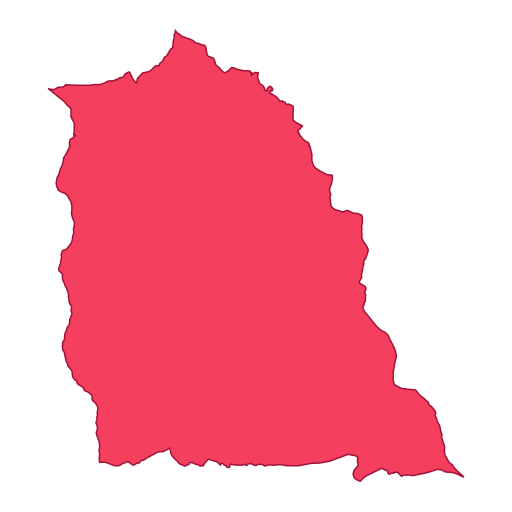 the district of Copaceni, Vâlcea, Romania
{"feature_id": "2599482B17070437163052", "entity_name": "Copaceni", "entity_type": "district", "adm_level": 2, "iso_a3": "ROU", "parent_name": "Romania", "parent_adm1": "Vâlcea", "projection": "mercator", "projection_center": [23.973, 44.993], "detail": "fine", "context": "isolated", "style": "filled", "palette": "rose", "viewbox_px": 512, "rotation_deg": 0, "n_neighbors": 0, "source": "geoboundaries", "source_scale": "gbopen_adm2", "svg_char_len": 5876}
<svg xmlns="http://www.w3.org/2000/svg" viewBox="0 0 512 512"><path d="M463.9,477.0L456.3,470.1L453.2,466.5L452.3,464.7L449.2,462.5L444.8,454.8L444.4,450.8L444.6,446.7L441.7,437.6L441.6,436.4L442.0,434.7L441.1,432.7L439.7,425.8L436.9,420.6L436.7,418.9L435.1,415.3L435.8,413.1L435.1,411.0L431.5,406.6L429.3,405.0L427.9,401.7L426.5,401.0L424.3,398.6L419.8,395.3L415.6,390.0L402.4,388.6L400.5,387.9L394.3,384.6L393.2,380.2L393.1,373.6L394.6,363.9L396.4,356.3L395.5,351.2L394.3,347.9L389.6,338.8L388.0,335.0L384.8,332.1L382.4,331.1L380.0,329.4L376.7,326.5L366.0,313.3L365.3,312.7L363.2,308.9L362.8,307.0L364.0,305.1L364.0,303.3L365.1,301.8L365.4,300.0L365.6,294.2L364.3,292.5L365.6,290.7L365.9,288.0L365.4,286.7L359.6,283.1L359.3,282.5L359.6,281.1L361.7,277.4L361.4,275.5L361.5,274.3L362.4,270.9L362.8,267.3L363.9,263.8L363.5,261.7L365.6,258.4L367.5,253.4L368.3,250.0L367.6,248.1L366.3,245.7L363.5,241.7L361.7,237.7L362.0,235.1L361.6,231.8L361.8,229.9L361.6,226.2L362.4,222.6L362.4,218.6L362.1,216.4L361.5,215.4L361.6,215.1L357.8,213.6L352.8,213.0L348.0,210.6L346.5,210.5L343.6,211.8L341.3,211.7L338.9,210.6L334.9,209.7L331.6,207.0L331.0,205.3L330.4,202.3L330.5,200.4L329.9,197.9L330.7,194.7L330.7,193.8L329.7,192.0L329.8,190.4L329.5,188.6L331.1,184.7L332.1,180.5L332.2,179.3L332.6,178.7L332.2,177.2L332.3,175.5L331.0,175.0L327.3,174.8L319.2,170.6L315.3,167.9L313.3,165.2L312.0,161.2L311.8,159.4L311.9,154.6L309.8,145.9L309.0,145.9L309.1,144.0L308.5,142.8L305.2,140.9L302.5,138.6L299.5,134.7L298.6,132.3L297.8,131.5L297.8,130.4L300.0,128.9L302.4,125.9L295.6,122.3L292.9,119.8L293.1,115.6L292.9,113.9L293.2,109.6L293.2,107.2L292.8,105.9L288.6,104.1L287.4,104.3L285.8,104.0L285.4,103.6L285.3,102.3L282.9,101.7L282.4,100.9L279.3,101.1L278.7,99.4L276.4,97.0L272.9,94.6L269.4,92.9L270.2,91.4L272.5,90.5L272.6,90.1L272.1,89.4L272.6,88.5L270.5,86.4L269.5,86.5L267.3,88.4L266.8,90.9L265.4,90.6L264.5,89.2L264.1,87.3L262.5,85.3L259.9,83.8L259.4,82.8L258.8,80.6L257.7,78.4L257.7,76.1L258.2,72.7L254.7,72.6L251.5,75.1L251.9,72.8L250.7,72.7L250.4,72.4L250.5,71.5L250.2,71.2L248.4,70.8L244.7,70.9L241.9,70.4L236.4,69.1L233.9,67.8L231.7,67.7L231.1,67.9L228.7,70.5L226.3,72.1L224.8,72.7L223.7,72.4L221.6,70.5L219.8,68.2L215.8,64.8L214.6,60.5L213.3,58.1L208.6,56.4L207.3,55.4L205.6,46.9L204.8,45.3L201.8,44.9L198.9,43.5L195.9,43.0L193.0,40.6L191.1,39.6L181.7,36.2L179.5,34.3L177.2,32.9L175.4,30.7L175.1,33.5L174.2,34.6L174.2,37.9L173.4,40.6L172.6,48.1L172.1,48.1L170.7,49.1L169.2,51.2L168.9,52.5L168.2,53.0L167.9,54.2L166.1,56.3L164.4,57.2L162.3,61.6L159.8,63.3L159.4,65.4L159.1,65.6L158.2,65.4L157.2,66.0L155.9,65.6L150.4,70.8L148.4,71.7L142.5,73.0L137.3,78.7L137.3,79.8L136.5,82.8L135.7,82.6L132.6,78.6L129.8,72.3L128.7,72.0L125.1,74.0L123.5,76.8L122.0,77.6L120.1,77.5L116.2,80.0L115.9,80.1L115.6,79.6L113.8,80.9L109.7,80.9L107.7,81.2L105.0,82.8L100.6,84.4L97.6,84.7L96.0,84.4L89.3,85.3L77.1,85.3L65.5,84.8L64.7,86.0L62.9,87.1L58.2,87.2L53.9,89.7L49.8,89.1L48.1,88.5L64.2,101.5L66.4,104.3L70.9,108.6L71.1,113.0L70.9,116.7L74.4,123.3L74.1,128.7L74.3,131.2L73.6,134.8L74.0,135.1L75.0,134.7L75.4,135.3L74.6,135.6L74.5,136.2L73.4,137.2L73.1,137.9L70.6,139.0L70.0,140.0L69.7,141.8L69.4,142.2L69.5,145.8L69.9,146.3L65.9,154.3L63.7,157.7L63.2,161.6L62.2,165.4L60.2,169.3L59.7,171.7L58.4,175.4L57.3,177.1L56.2,182.4L56.5,185.5L58.2,190.1L61.1,191.9L65.5,193.6L68.6,197.4L68.7,198.2L70.8,201.4L71.8,205.8L71.9,209.6L71.5,212.7L71.7,214.9L72.8,218.8L74.0,221.1L74.4,222.5L74.4,224.3L73.4,229.4L73.9,232.6L72.7,236.1L72.5,238.6L71.7,241.9L70.7,243.8L68.4,246.9L66.0,249.5L62.9,250.5L62.1,251.3L61.2,255.0L61.5,256.7L60.7,262.6L58.7,268.4L58.9,270.5L62.3,274.1L62.5,275.2L62.5,279.4L64.2,282.9L65.3,286.3L66.6,288.1L67.7,291.7L68.6,293.7L68.4,296.6L68.9,298.8L69.1,301.7L69.7,303.6L71.5,306.5L71.6,307.3L71.1,309.6L71.3,311.7L71.9,313.4L71.5,315.3L69.6,319.9L69.5,323.3L69.1,324.8L66.9,328.0L66.4,330.2L65.2,332.9L64.7,334.8L64.6,339.3L63.1,341.5L62.6,342.7L62.5,348.4L63.0,350.4L64.1,351.7L66.1,361.0L67.3,363.3L68.0,366.1L70.8,369.4L72.0,371.2L72.6,376.9L74.8,379.8L76.6,380.7L76.7,382.2L77.8,384.0L82.0,386.7L83.4,388.0L84.5,390.5L88.4,392.2L91.7,395.2L92.0,395.6L92.1,399.3L92.5,400.4L95.7,403.3L97.8,407.0L97.8,409.7L97.1,412.8L97.6,414.9L96.7,417.2L97.1,419.2L96.8,420.6L96.0,422.3L96.2,423.7L96.9,424.9L97.3,426.4L97.4,427.9L97.0,430.7L96.3,432.8L96.4,434.0L99.1,441.6L99.6,444.6L99.6,447.6L99.0,450.4L99.6,453.7L99.2,459.7L99.7,462.4L104.0,462.1L105.6,462.3L114.2,465.6L116.3,465.9L119.6,465.5L122.1,463.8L127.9,461.6L132.8,465.0L133.8,465.1L136.6,463.4L139.4,462.8L141.3,460.3L142.5,460.5L143.9,460.0L146.4,458.2L158.3,451.8L162.3,451.7L164.1,451.2L169.8,448.1L170.8,453.2L172.5,456.4L175.7,459.8L177.4,461.2L179.3,463.7L184.6,466.0L185.4,466.0L186.8,465.1L188.7,464.7L189.1,464.1L189.2,462.9L190.3,462.5L192.8,462.9L195.8,464.3L197.9,464.6L200.2,466.1L201.3,465.5L203.0,466.0L205.0,462.9L208.5,459.1L217.2,462.0L220.4,465.2L220.7,464.8L220.7,463.9L221.6,463.3L222.3,463.2L224.4,465.2L226.3,465.6L226.9,467.1L228.9,467.5L229.6,467.0L230.2,464.3L230.6,464.1L234.2,464.9L242.1,465.2L243.4,465.0L244.6,464.3L245.7,464.6L246.0,465.5L246.9,465.3L248.0,464.0L250.7,463.5L254.9,465.5L256.1,465.5L257.4,464.7L259.2,464.4L261.8,464.3L264.8,466.0L269.1,464.9L274.6,465.2L277.6,464.7L283.4,464.9L285.2,465.6L298.3,465.8L310.9,463.4L319.9,463.0L329.7,461.2L348.0,454.4L355.8,455.8L357.9,457.6L357.4,461.4L358.2,465.4L354.5,469.8L353.8,471.1L353.1,474.1L353.9,477.2L355.6,479.0L357.0,479.9L360.2,481.3L363.6,477.7L367.3,475.3L381.7,468.3L387.1,470.8L387.7,471.4L387.9,472.7L388.6,474.1L390.3,473.9L390.9,473.3L394.5,472.9L394.7,472.5L396.6,472.1L398.1,472.8L401.4,476.2L402.2,476.0L402.8,475.3L408.7,475.0L413.1,475.6L425.0,473.1L430.9,471.5L436.1,469.7L437.9,469.4L441.4,469.9L445.7,472.0L451.7,472.4L453.9,472.9L458.1,474.4L461.9,476.4L463.9,477.0Z" fill="#f43f5e" stroke="#9f1239" stroke-width="1.5"/></svg>